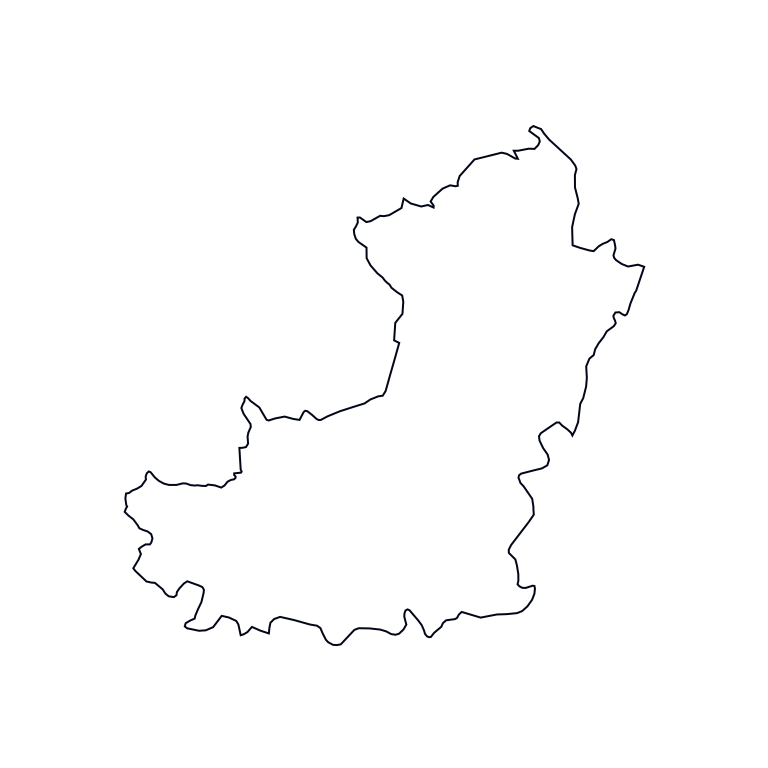 Guinea, Albers equal-area conic projection, rotated 106°
{"feature_id": "GIN", "entity_name": "Guinea", "entity_type": "country or territory", "adm_level": 0, "iso_a3": "GIN", "parent_name": "Africa", "parent_adm1": "", "projection": "albers", "projection_center": [-10.714, 9.945], "detail": "fine", "context": "isolated", "style": "outline", "palette": "ink", "viewbox_px": 768, "rotation_deg": 106, "n_neighbors": 0, "source": "natural_earth", "source_scale": "50m", "svg_char_len": 4338}
<svg xmlns="http://www.w3.org/2000/svg" viewBox="0 0 768 768"><g transform="rotate(106 384 384)"><path d="M468.1,501.0L462.0,500.2L459.3,501.3L451.3,510.8L446.4,514.5L442.8,514.2L439.0,513.4L436.3,514.0L434.3,513.0L435.1,510.7L437.0,507.8L440.9,497.4L450.7,487.1L450.9,484.9L446.9,478.8L442.7,470.5L442.6,461.7L441.8,455.3L433.1,453.5L431.5,452.4L431.3,450.2L433.6,444.5L436.2,439.2L436.6,436.9L436.0,434.9L430.6,429.3L422.3,418.8L414.6,407.3L408.0,397.3L402.6,392.8L397.5,386.2L395.6,382.0L390.2,380.5L374.7,380.6L356.0,380.6L340.3,380.7L339.3,386.3L322.1,390.0L311.5,385.6L299.7,388.1L293.9,390.9L292.1,396.9L289.4,403.4L286.9,406.1L285.8,409.0L284.3,411.7L282.0,414.8L279.4,420.9L273.7,429.7L267.8,435.4L257.7,438.4L254.5,447.7L252.2,451.1L248.3,453.8L244.1,455.5L240.3,454.4L235.9,453.7L231.3,455.3L230.6,453.0L233.2,445.6L231.2,441.8L223.4,434.1L222.7,430.4L220.3,425.6L210.0,415.7L200.3,416.2L203.1,408.0L203.1,397.1L199.8,391.1L200.7,385.0L198.9,385.4L195.7,389.5L190.5,388.1L180.0,381.5L174.8,375.2L174.2,369.8L173.1,367.7L169.8,368.8L163.2,368.6L143.2,358.9L129.2,334.7L128.9,329.3L131.1,320.0L130.6,317.4L124.0,323.5L122.8,319.4L117.9,309.7L116.5,304.1L111.8,301.6L107.9,301.1L104.9,302.9L100.8,314.1L97.9,314.0L94.9,311.6L95.7,303.2L99.2,299.1L103.5,292.7L116.7,266.3L121.4,260.3L124.4,258.2L130.5,258.1L142.4,254.6L152.2,248.9L157.1,246.5L168.2,247.3L181.4,246.4L198.7,240.9L199.1,233.1L199.0,223.1L198.5,219.1L192.4,215.5L188.9,212.3L185.9,208.4L182.2,205.5L182.3,202.6L187.0,200.1L190.0,198.8L197.0,198.9L199.3,197.5L201.0,195.0L203.1,188.6L203.8,181.8L199.3,172.7L199.6,166.2L224.8,167.3L227.4,168.1L238.6,169.3L245.6,169.3L249.9,169.8L251.7,171.3L251.3,174.0L250.1,177.6L251.5,181.3L255.3,182.3L257.4,181.2L259.3,179.4L261.7,178.0L265.0,179.0L272.0,184.4L278.5,186.0L285.7,188.9L292.4,190.6L298.4,190.4L302.9,193.5L311.3,194.5L322.2,190.7L330.7,189.0L342.7,188.6L349.0,189.9L367.2,186.9L376.3,187.6L381.6,188.7L379.3,190.8L377.0,195.4L374.9,201.2L372.7,205.0L373.5,207.6L379.5,212.6L388.1,219.7L391.5,220.6L395.5,218.9L401.8,213.3L406.7,207.3L411.5,204.4L417.1,204.6L421.5,208.8L426.9,218.2L431.9,226.7L432.5,227.6L434.5,229.0L437.0,228.9L439.6,226.9L441.5,225.6L443.8,221.7L453.5,209.9L460.7,206.6L463.3,205.8L468.3,204.0L476.7,206.8L488.9,211.6L503.7,217.4L508.9,218.4L512.0,217.4L516.4,209.4L521.8,206.2L529.7,202.5L536.1,200.6L539.7,200.4L541.1,198.2L541.8,194.9L541.0,191.6L536.9,185.5L536.7,183.7L539.1,182.5L544.2,181.6L550.7,182.2L558.1,184.8L564.2,188.6L567.6,193.0L571.4,202.6L574.4,211.9L581.9,226.7L581.8,235.9L581.7,246.5L585.0,248.5L588.7,249.3L590.4,250.9L594.0,259.1L597.5,261.4L601.6,262.0L609.3,267.2L614.2,269.2L614.9,270.8L614.8,272.9L612.9,275.7L609.9,277.6L605.5,281.2L601.8,286.0L594.4,297.2L594.2,299.3L595.8,300.9L598.9,301.1L602.2,300.3L609.1,296.2L614.6,297.6L619.9,300.7L621.9,303.9L622.4,308.2L621.2,313.7L621.1,319.9L622.9,330.4L625.7,340.9L628.5,344.7L646.2,353.8L647.9,357.2L648.8,361.1L647.6,366.5L645.8,369.4L640.8,374.1L636.2,377.8L634.8,381.7L635.6,388.9L635.7,405.4L636.5,419.7L640.3,424.9L644.9,427.4L650.2,426.9L655.5,425.9L655.2,434.5L653.9,444.0L660.1,446.9L663.2,449.8L665.0,452.5L655.3,457.7L652.5,460.7L651.2,468.7L651.6,476.1L664.8,481.2L669.9,487.4L672.2,493.8L673.1,505.9L671.9,508.7L668.6,508.7L664.7,505.0L661.8,501.4L658.3,501.5L651.6,500.7L644.0,499.4L634.7,499.8L631.4,500.4L629.3,502.6L628.7,506.4L627.9,518.7L631.0,521.4L637.0,524.4L641.0,525.7L644.3,525.3L646.8,527.3L647.4,532.5L645.7,536.4L642.4,540.1L638.3,549.4L639.0,552.9L639.3,557.9L632.2,571.6L630.2,574.2L620.7,571.6L614.5,570.8L610.1,574.2L607.2,572.1L603.9,569.0L602.7,564.8L600.5,564.0L596.3,564.0L592.5,566.4L590.9,570.6L590.7,575.6L590.1,579.4L587.8,581.7L583.2,587.7L581.0,593.2L578.4,598.0L574.5,597.7L572.7,597.1L571.5,598.3L565.5,601.0L560.4,601.8L559.0,599.0L556.0,596.8L552.6,592.5L548.8,589.0L541.5,586.5L538.6,587.6L535.2,587.4L532.9,586.0L533.2,583.9L537.0,578.5L539.2,573.6L540.4,568.2L540.3,563.0L538.3,555.8L535.0,550.1L534.2,546.8L534.5,542.0L533.7,537.6L532.7,535.3L532.1,531.0L531.1,527.0L529.2,525.5L528.1,518.8L528.4,511.9L525.5,509.3L521.1,507.5L518.5,504.8L516.9,501.8L515.3,500.9L513.9,501.1L512.7,503.0L511.2,503.4L508.6,497.0L507.5,496.7L505.7,498.2L485.3,505.4L484.4,502.6L482.7,499.3L478.8,498.2L472.0,500.7L468.1,501.0Z" fill="none" stroke="#020617" stroke-width="2"/></g></svg>